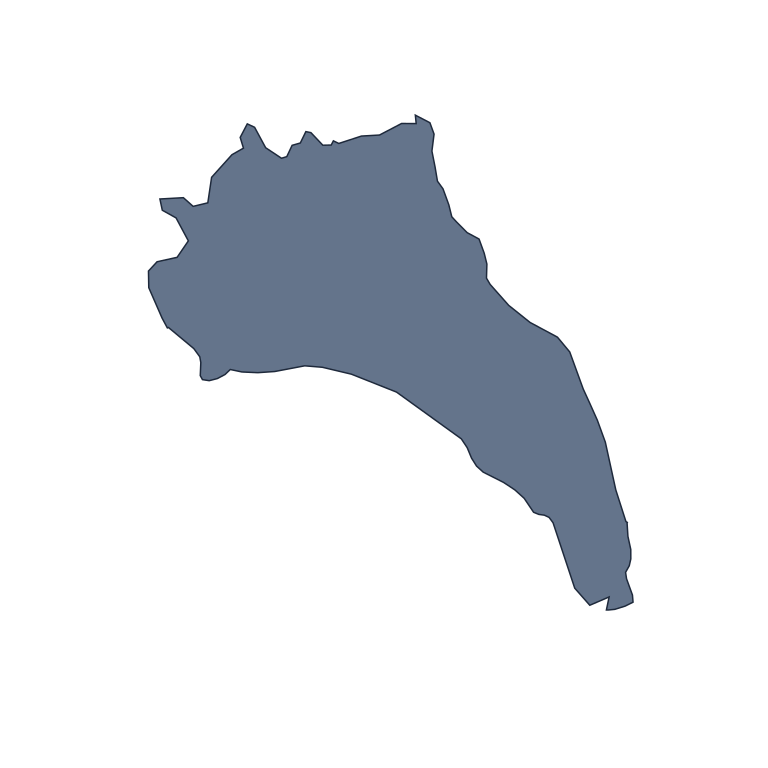 the border of Ceredigion, rotated 250°
{"feature_id": "GBR-2105", "entity_name": "Ceredigion", "entity_type": "Principality", "adm_level": 1, "iso_a3": "GBR", "parent_name": "United Kingdom", "parent_adm1": "", "projection": "natural_earth1", "projection_center": [-4.124, 52.292], "detail": "fine", "context": "isolated", "style": "filled", "palette": "slate", "viewbox_px": 768, "rotation_deg": 250, "n_neighbors": 0, "source": "natural_earth", "source_scale": "10m", "svg_char_len": 1519}
<svg xmlns="http://www.w3.org/2000/svg" viewBox="0 0 768 768"><g transform="rotate(250 384 384)"><path d="M95.6,515.7L106.9,522.7L105.7,501.7L126.9,493.4L195.8,495.4L202.2,493.5L205.9,489.8L208.5,484.9L212.3,480.7L228.7,476.6L239.8,470.7L250.6,462.7L267.2,447.1L275.2,442.9L284.4,440.9L295.7,440.4L306.0,437.9L372.1,393.0L404.4,356.7L420.8,331.8L428.2,315.7L433.1,285.6L437.8,269.3L443.9,254.6L450.2,244.5L447.3,237.9L446.1,229.3L446.9,220.9L450.2,214.9L454.7,214.2L466.8,219.2L472.6,220.2L482.3,217.4L510.8,200.8L510.8,199.6L521.9,198.0L555.0,195.9L570.7,201.3L576.5,212.6L573.8,232.9L585.4,249.1L611.2,245.4L623.1,235.1L634.5,236.7L627.7,259.2L616.2,265.4L614.5,280.4L637.2,292.7L651.5,319.6L653.7,332.6L664.9,333.2L675.2,344.5L669.5,350.2L646.5,353.6L631.2,364.9L630.9,370.4L639.7,379.3L639.1,387.8L647.9,396.9L645.2,401.3L629.3,408.2L626.6,416.1L629.8,419.6L625.5,423.8L624.7,447.6L619.5,464.9L622.8,489.6L617.7,503.3L625.9,505.4L613.8,516.5L601.7,516.5L586.5,508.7L570.4,506.2L556.3,503.6L547.2,506.2L537.1,506.2L530.1,506.2L518.0,504.9L511.9,507.4L497.8,513.9L487.7,522.9L472.6,522.9L461.5,521.7L448.4,516.5L441.3,517.8L415.2,528.1L391.9,542.3L368.7,563.0L350.6,569.5L330.4,569.5L311.2,569.5L295.0,570.8L276.9,572.1L253.7,572.1L205.2,565.6L172.0,564.3L170.7,565.3L170.3,564.9L157.4,561.1L144.1,559.3L135.2,556.1L129.3,552.3L124.4,546.6L118.0,545.3L108.6,545.3L100.7,545.3L93.8,543.4L92.8,534.6L93.3,523.8L94.8,517.9L94.9,517.5L95.6,515.7L95.6,515.7Z" fill="#64748b" stroke="#1e293b" stroke-width="1.5"/></g></svg>